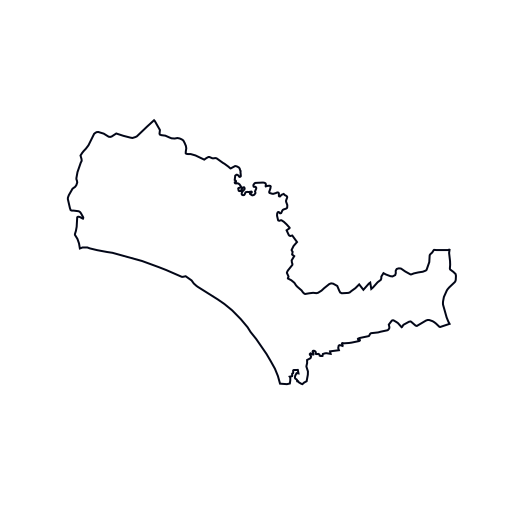 Dien Chau, Nghệ An, Vietnam, rotated 119°
{"feature_id": "81297802B64936965881183", "entity_name": "Dien Chau", "entity_type": "district", "adm_level": 2, "iso_a3": "VNM", "parent_name": "Vietnam", "parent_adm1": "Nghệ An", "projection": "mercator", "projection_center": [105.563, 19.021], "detail": "fine", "context": "isolated", "style": "outline", "palette": "ink", "viewbox_px": 512, "rotation_deg": 119, "n_neighbors": 0, "source": "geoboundaries", "source_scale": "gbopen_adm2", "svg_char_len": 6124}
<svg xmlns="http://www.w3.org/2000/svg" viewBox="0 0 512 512"><g transform="rotate(119 256 256)"><path d="M356.0,173.1L353.1,166.8L351.1,164.6L348.2,165.7L346.5,166.6L345.7,167.1L345.2,168.0L343.6,166.2L343.1,166.3L341.7,167.2L341.3,167.3L340.5,166.8L340.0,166.9L338.1,168.0L337.5,167.8L335.4,164.2L338.1,161.9L338.8,163.7L341.4,163.7L342.9,163.3L343.6,162.9L344.1,162.4L344.4,160.3L344.9,159.8L345.4,159.5L345.6,159.2L345.1,158.4L345.7,157.6L345.8,154.4L345.6,153.3L343.3,152.5L341.0,151.0L334.7,153.1L331.8,154.6L328.3,158.3L327.6,158.6L324.8,159.4L322.2,160.9L319.3,159.0L318.6,158.8L317.2,159.1L316.7,159.7L316.2,161.0L315.7,161.4L315.1,161.3L314.6,161.0L314.7,158.8L314.6,158.3L314.3,158.0L313.8,158.1L312.0,160.2L311.4,160.2L311.0,159.8L310.7,159.1L310.7,157.9L311.0,157.3L312.6,156.0L312.3,155.2L311.3,153.8L311.5,152.7L312.3,152.0L312.1,150.9L311.2,149.4L309.3,150.0L307.8,148.6L306.9,147.4L305.4,143.3L303.5,145.0L298.2,137.8L296.6,139.5L294.3,140.2L293.5,139.8L293.1,138.8L292.7,136.7L292.3,136.8L290.8,138.4L290.3,138.3L289.7,136.7L287.0,132.5L285.5,130.5L280.5,124.7L280.0,124.3L279.4,124.2L279.1,124.4L279.0,124.7L279.4,126.3L279.0,126.7L278.7,126.6L277.4,125.5L271.7,118.9L271.1,118.4L268.6,118.4L267.7,117.9L263.6,112.1L261.8,110.3L257.3,105.1L256.7,104.7L255.3,104.4L254.3,104.5L253.5,104.9L251.6,106.6L246.9,105.9L246.2,105.6L245.6,104.5L245.7,100.9L245.9,99.2L247.7,94.1L247.4,93.9L244.7,93.7L239.3,90.3L238.3,89.1L238.3,88.4L239.5,82.7L239.2,81.4L230.0,76.0L228.8,74.9L228.0,73.4L227.4,69.9L227.5,67.8L227.8,65.9L229.0,61.3L228.8,60.5L221.5,53.8L220.2,55.9L217.3,59.5L207.8,68.9L206.5,69.7L205.0,70.4L200.7,71.8L193.6,72.4L192.2,72.3L189.8,71.8L182.5,69.5L181.6,69.4L180.1,69.7L176.4,71.5L175.0,72.7L174.2,75.7L173.7,79.5L173.4,80.0L172.9,80.4L169.6,81.9L166.4,83.8L159.7,88.6L156.0,90.0L157.0,90.1L157.7,90.9L163.2,100.8L164.3,103.2L164.7,103.4L167.6,103.6L169.6,104.3L170.7,104.5L171.5,104.3L177.3,101.5L185.4,100.1L186.5,100.5L188.9,102.5L191.6,106.0L194.7,109.5L196.5,111.0L197.0,111.5L197.2,112.0L197.2,118.0L196.7,122.9L196.9,123.7L197.7,125.3L199.1,126.6L199.7,126.7L201.3,126.6L203.3,125.4L205.2,125.0L207.7,126.7L208.5,128.7L209.2,133.6L209.2,136.2L213.2,136.4L215.0,135.5L216.4,135.3L220.0,136.9L226.7,138.4L228.9,139.2L223.9,143.2L225.4,143.9L233.5,145.7L230.8,152.0L236.0,153.5L240.2,155.5L242.5,156.4L243.6,157.5L247.0,162.9L247.1,164.7L245.9,166.5L242.8,170.4L242.8,175.1L243.5,177.0L245.0,178.3L251.1,180.8L254.5,181.9L258.1,183.9L259.2,185.1L260.5,188.2L262.9,191.5L265.4,194.6L265.5,195.5L265.1,197.2L264.0,199.5L262.9,204.8L262.3,206.7L260.9,209.3L260.7,210.1L260.1,213.4L260.2,217.2L259.9,217.4L258.4,217.5L257.8,218.1L255.8,220.8L255.2,221.0L253.3,221.1L246.2,219.9L245.4,220.2L244.2,221.5L242.5,222.7L237.6,222.5L237.2,225.1L234.6,226.0L233.8,227.5L233.4,227.8L229.0,228.0L223.9,226.9L220.5,234.2L221.9,235.7L222.0,236.8L221.7,237.6L218.7,241.7L215.6,240.2L215.1,240.2L214.9,240.5L213.5,244.6L212.6,248.2L212.4,251.0L212.6,251.5L213.9,252.7L214.1,253.7L213.9,254.1L210.6,257.1L208.8,258.0L207.5,258.2L206.9,258.0L206.5,257.4L207.0,255.9L206.8,255.3L206.2,254.8L203.9,255.0L202.7,254.9L202.0,254.5L199.9,252.6L199.0,252.2L198.3,252.3L196.3,253.3L194.1,255.8L193.5,256.3L192.8,256.6L189.7,257.1L189.1,257.5L188.8,258.1L188.7,259.2L188.8,260.2L188.3,261.9L190.1,263.3L192.3,263.9L192.6,264.5L192.5,265.0L190.1,266.4L189.8,267.0L189.8,267.6L190.2,268.3L191.4,269.2L193.3,271.1L193.7,272.0L194.3,274.7L193.7,275.5L189.9,276.2L188.0,276.9L187.8,277.4L188.0,278.3L189.1,279.9L190.4,281.2L190.2,281.5L189.1,281.8L188.3,282.3L187.8,283.1L188.0,284.6L188.5,285.7L192.2,291.7L192.8,292.3L193.3,292.5L194.8,292.7L195.4,292.6L196.1,292.1L196.5,291.6L196.4,291.1L195.8,290.1L195.9,289.4L196.2,288.9L196.7,288.6L197.6,288.4L199.9,288.2L200.8,287.3L201.3,287.0L203.2,287.2L203.9,287.7L204.6,288.4L204.8,289.1L204.6,291.3L204.3,291.6L203.9,291.6L202.7,290.6L202.3,290.6L201.9,290.9L201.9,291.3L203.6,293.4L204.2,294.8L205.2,295.9L205.5,296.0L207.5,295.8L208.3,295.9L208.8,296.4L209.2,297.2L209.2,297.9L208.9,298.4L208.1,298.9L207.1,299.1L205.6,299.0L203.5,298.4L202.6,298.6L202.0,299.1L201.7,299.8L202.2,300.5L202.5,300.7L206.5,300.9L207.0,301.4L207.3,302.2L207.3,302.7L206.9,303.2L205.5,304.3L205.0,304.2L203.3,302.4L202.9,302.5L202.5,302.9L201.4,305.0L201.2,306.2L201.3,307.2L202.4,309.0L202.5,309.6L202.2,310.1L201.8,310.3L200.7,309.6L200.3,309.7L200.0,310.1L199.8,311.5L195.8,313.1L194.4,312.5L194.1,311.9L194.1,310.3L194.6,309.6L194.8,309.0L194.7,308.5L194.1,308.1L193.6,308.0L193.0,308.3L189.9,310.4L189.2,310.6L188.3,311.9L187.4,312.7L186.9,313.9L186.9,316.0L187.2,317.3L187.5,317.9L191.7,320.6L191.8,320.8L191.2,323.7L190.6,328.4L190.6,330.0L189.7,337.6L189.8,338.3L190.1,339.1L191.3,340.7L191.7,341.6L192.0,344.7L192.5,345.6L194.3,346.8L196.8,348.0L197.4,357.7L198.5,362.5L200.0,365.3L200.4,366.6L200.2,367.3L198.8,368.0L195.6,369.2L193.7,370.7L191.6,373.4L190.2,375.6L190.0,377.5L190.2,379.7L190.9,381.9L192.7,384.1L194.0,386.9L194.3,389.0L194.7,393.6L196.2,397.4L196.4,399.0L195.8,399.7L192.4,401.1L187.1,409.8L186.7,411.0L195.6,414.0L209.1,418.2L210.4,419.1L212.7,421.3L213.4,423.4L215.2,430.3L216.6,437.6L221.5,440.2L222.5,441.2L223.1,442.7L222.8,448.5L224.0,454.1L225.0,455.5L226.2,456.2L227.6,456.8L240.4,456.2L244.6,456.8L247.7,457.6L250.1,458.0L253.2,458.2L255.8,455.6L257.3,454.6L259.4,454.5L269.2,452.8L274.8,450.9L275.8,450.4L277.2,448.9L278.4,448.0L281.1,447.5L283.1,447.7L286.1,449.1L293.5,449.2L296.1,448.8L297.4,448.2L304.4,441.9L305.7,440.4L305.7,439.4L304.7,437.5L302.8,432.7L302.9,431.1L303.5,429.8L305.8,426.1L306.3,425.6L307.2,425.4L307.3,425.7L307.3,428.9L307.7,430.3L308.3,431.0L308.9,431.1L317.4,427.0L321.3,425.7L324.6,425.0L325.3,424.6L327.6,420.5L330.8,416.9L334.8,413.7L332.6,411.8L330.3,407.6L329.9,405.0L327.9,397.8L324.7,388.2L322.8,383.1L315.6,353.1L312.8,335.1L311.8,327.6L310.2,310.9L309.8,310.0L307.8,307.7L308.6,300.5L310.2,297.1L311.0,293.6L311.2,291.9L312.5,268.4L313.3,260.4L315.1,250.5L318.6,238.7L322.4,228.8L325.1,223.9L328.5,215.6L336.6,199.3L340.8,192.2L345.4,184.8L350.4,178.6L356.0,173.1Z" fill="none" stroke="#020617" stroke-width="2"/></g></svg>